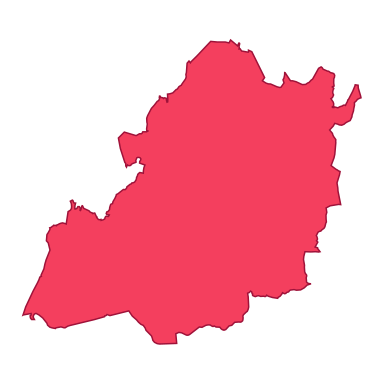 outline of Acuitzio, Michoacán, Mexico
{"feature_id": "50627088B81334633905607", "entity_name": "Acuitzio", "entity_type": "district", "adm_level": 2, "iso_a3": "MEX", "parent_name": "Mexico", "parent_adm1": "Michoacán", "projection": "natural_earth1", "projection_center": [-101.348, 19.472], "detail": "fine", "context": "isolated", "style": "filled", "palette": "rose", "viewbox_px": 384, "rotation_deg": 0, "n_neighbors": 0, "source": "geoboundaries", "source_scale": "gbopen_adm2", "svg_char_len": 5918}
<svg xmlns="http://www.w3.org/2000/svg" viewBox="0 0 384 384"><path d="M176.7,343.4L175.8,333.8L178.8,332.4L181.6,332.8L186.4,335.1L188.0,335.2L189.5,334.6L199.3,327.0L202.0,327.3L205.9,325.3L208.1,324.9L210.3,325.0L211.5,325.9L213.0,326.5L214.2,326.0L216.0,327.0L219.8,327.2L221.1,328.8L222.5,329.8L223.3,329.8L223.9,330.2L225.7,329.6L229.1,325.9L231.8,325.3L234.7,322.3L238.6,322.0L240.8,322.1L241.6,321.7L242.6,320.8L242.9,319.9L243.1,317.8L242.9,316.7L243.0,315.7L243.5,314.7L246.0,312.3L247.3,311.3L248.2,309.2L248.7,307.0L248.2,296.9L247.6,293.2L249.3,292.5L250.6,291.1L251.7,291.9L252.1,293.6L252.7,294.0L252.5,295.0L252.8,295.6L254.6,296.4L255.4,296.6L257.2,295.9L258.7,295.7L260.6,296.4L263.6,296.2L265.1,296.6L266.1,296.1L266.7,295.2L268.2,296.2L272.5,297.5L277.7,298.3L278.1,297.4L280.0,296.3L280.8,295.4L282.1,293.7L282.5,292.7L284.4,293.7L285.7,293.5L286.8,292.4L288.6,291.9L289.5,290.7L290.2,290.1L290.9,290.0L294.1,289.6L296.4,290.2L300.6,289.9L304.3,287.8L307.1,285.1L311.0,283.8L309.3,283.6L307.7,283.1L306.6,282.2L306.2,277.8L306.7,276.0L306.6,275.1L305.3,273.3L304.7,271.8L304.4,267.2L304.5,265.2L303.5,259.6L303.8,256.5L305.0,251.7L310.9,251.9L315.5,251.7L318.7,252.0L320.0,251.7L317.7,248.6L317.6,247.8L315.1,247.0L317.8,242.1L316.5,240.8L317.2,239.9L317.5,239.0L317.0,236.9L316.3,235.6L318.1,232.1L319.6,231.3L320.8,231.1L321.6,230.1L324.0,228.3L324.9,226.8L325.8,223.1L326.4,222.0L326.1,219.2L326.0,215.1L326.8,212.3L326.1,207.9L330.2,205.8L338.7,204.4L340.7,204.6L338.0,191.1L337.8,187.9L337.0,182.9L339.5,174.8L340.1,171.5L338.4,170.8L337.4,170.0L336.0,169.3L331.1,165.6L334.0,157.9L334.8,154.3L335.8,142.8L335.7,141.3L335.8,139.6L333.8,136.8L332.9,135.1L332.4,133.3L329.6,130.0L333.3,126.0L334.7,123.4L337.6,124.1L339.3,124.9L341.7,125.2L344.1,124.2L345.6,122.9L347.1,122.0L350.2,120.5L351.9,116.9L352.1,115.1L353.5,110.9L353.7,109.1L354.5,105.2L354.4,102.6L356.3,100.9L357.4,99.4L359.5,98.3L361.0,97.8L360.6,95.9L358.3,88.1L358.1,85.2L355.2,84.8L354.9,86.0L352.7,91.3L348.5,99.4L348.0,99.7L347.2,102.0L346.3,103.5L345.5,105.4L344.9,105.1L343.3,105.2L342.5,105.9L339.9,106.7L337.9,107.8L334.0,106.8L333.7,107.1L333.8,107.5L332.9,107.5L332.8,107.2L332.4,107.2L332.4,106.7L333.6,106.1L333.7,103.8L333.2,102.1L330.9,98.6L332.4,97.6L333.5,95.2L333.5,94.6L332.9,93.6L332.7,92.0L333.2,89.5L333.8,88.7L333.5,88.0L333.0,87.7L332.7,87.1L332.3,86.9L332.5,86.6L333.1,86.6L334.1,86.0L333.7,83.0L333.8,78.7L334.4,77.5L334.7,75.3L333.8,73.6L332.2,73.0L330.6,72.7L328.6,71.2L327.7,71.2L323.1,69.2L322.2,67.7L321.1,66.9L318.6,68.3L312.6,79.1L311.1,80.2L309.1,82.4L307.5,83.1L305.7,84.4L302.3,84.6L296.0,81.7L292.6,80.8L290.7,80.8L290.0,80.1L285.1,72.7L284.7,72.6L284.6,75.1L283.9,78.1L283.0,79.8L284.0,82.9L281.0,87.2L279.8,87.5L277.0,86.8L270.6,84.0L268.4,83.9L266.0,83.1L262.4,80.8L264.6,77.6L251.8,51.7L248.5,50.2L248.5,51.9L248.2,52.2L241.6,51.0L240.1,48.8L239.1,49.0L239.3,47.7L239.0,46.1L239.5,44.8L239.6,43.4L239.1,43.0L238.9,43.0L237.5,45.8L230.6,40.0L229.0,42.9L225.2,42.0L217.1,42.0L210.7,41.4L196.7,56.2L191.0,61.8L190.4,62.8L189.0,61.0L187.1,63.2L186.4,72.5L185.9,74.4L186.2,77.0L185.5,79.0L181.9,84.1L181.3,85.3L180.7,85.5L178.9,86.7L177.4,89.0L176.1,89.6L172.8,92.9L169.8,93.8L167.5,94.1L167.8,99.3L167.7,101.9L167.0,102.2L166.5,100.5L166.3,98.3L164.6,97.8L163.4,98.5L163.0,97.8L160.8,97.4L160.2,96.3L159.9,96.0L159.5,96.1L159.3,97.7L159.6,98.5L158.7,100.5L157.2,101.4L154.2,105.3L151.4,108.4L147.7,115.5L146.9,117.6L146.7,118.6L146.9,122.2L147.3,124.0L146.6,128.9L146.8,130.9L148.5,130.7L146.6,131.8L142.8,131.8L142.0,133.3L141.5,133.7L139.4,133.8L136.4,135.5L135.7,135.5L124.3,132.1L118.4,138.0L120.4,148.6L124.8,162.3L125.7,163.5L125.8,166.0L126.5,167.1L127.0,165.7L127.4,165.5L127.5,165.0L128.3,165.5L129.2,165.7L130.7,165.4L131.3,164.4L132.5,163.6L136.0,162.3L136.0,161.2L135.7,160.8L135.9,160.1L136.9,157.7L137.8,157.4L139.0,157.4L140.2,157.9L140.8,158.8L140.8,159.8L139.7,161.5L139.6,163.1L144.9,165.0L143.9,167.8L143.4,170.8L143.3,173.2L139.8,172.5L138.9,173.2L137.8,174.3L137.2,176.4L136.6,177.2L136.4,178.8L136.0,180.0L134.6,182.1L133.1,182.8L131.9,182.9L131.3,183.8L130.1,184.3L126.9,186.8L126.7,187.9L125.4,189.5L124.9,189.7L123.9,189.4L123.1,189.7L117.6,194.0L116.4,194.5L116.1,195.7L114.9,198.4L113.0,201.6L112.5,203.6L110.9,204.2L110.6,204.6L109.7,207.5L109.5,209.6L108.1,211.4L106.8,211.9L106.2,213.6L106.7,214.4L109.3,214.9L109.1,215.4L108.2,216.5L106.2,216.2L105.7,216.5L105.1,217.4L104.7,219.0L102.9,219.9L101.1,220.4L101.0,219.4L99.6,219.7L98.4,219.5L96.7,217.5L97.0,217.1L96.1,216.0L94.8,213.1L94.2,213.0L92.8,213.6L92.1,212.8L91.4,212.7L89.8,211.8L89.4,211.1L88.6,210.6L83.8,208.4L82.5,205.8L82.2,205.7L81.8,206.2L80.8,210.0L80.3,210.5L80.0,210.2L80.3,209.4L80.4,208.4L79.3,206.6L77.9,206.6L76.8,208.5L75.5,209.0L74.8,208.9L74.9,205.8L75.6,203.1L74.1,203.0L73.5,202.1L72.9,200.5L72.3,200.1L70.3,201.2L71.1,202.9L71.4,204.2L71.6,206.6L71.4,208.5L70.4,210.2L68.1,211.6L66.2,224.0L65.3,223.6L62.6,222.9L61.0,223.2L59.3,223.8L57.8,224.7L57.0,224.8L56.5,225.7L56.2,225.7L55.2,225.3L54.5,225.5L53.7,225.2L53.1,225.9L52.1,226.5L51.3,227.3L49.7,227.8L50.0,228.7L49.8,229.8L47.9,233.2L47.1,234.3L46.9,235.0L46.4,240.8L48.2,242.8L50.0,250.1L46.1,259.9L44.9,264.1L43.9,268.9L41.0,275.3L41.4,276.3L39.8,277.1L39.1,279.4L37.5,282.8L33.1,291.1L25.7,306.9L23.0,315.1L23.4,314.9L31.1,313.5L31.2,314.3L31.0,315.2L30.2,315.6L30.2,316.9L30.6,318.3L31.6,319.5L34.4,319.5L33.5,317.8L33.2,316.8L33.7,315.1L34.5,314.0L36.0,313.4L38.9,314.9L42.7,317.9L46.9,323.2L47.6,325.2L49.9,327.2L52.2,327.9L55.5,328.5L56.0,327.8L61.0,326.9L64.1,327.8L65.1,327.8L67.7,326.2L69.9,325.5L94.3,319.6L104.5,316.7L104.7,315.9L105.5,315.8L106.4,315.3L107.0,314.5L109.9,315.6L128.8,310.9L132.3,316.1L136.6,319.9L138.5,322.2L140.9,324.3L143.3,325.4L145.2,328.1L146.0,330.3L151.4,335.8L152.2,337.8L152.9,340.4L154.5,342.3L157.1,343.6L159.5,344.0L176.7,343.4Z" fill="#f43f5e" stroke="#9f1239" stroke-width="1.5"/></svg>